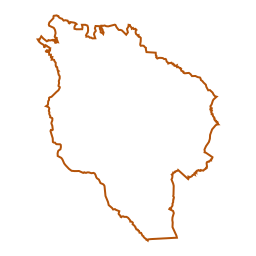 outline of Ban Bueng, Chon Buri, Thailand
{"feature_id": "78962969B10446742029293", "entity_name": "Ban Bueng", "entity_type": "district", "adm_level": 2, "iso_a3": "THA", "parent_name": "Thailand", "parent_adm1": "Chon Buri", "projection": "natural_earth1", "projection_center": [101.2, 13.24], "detail": "fine", "context": "isolated", "style": "outline", "palette": "amber", "viewbox_px": 256, "rotation_deg": 0, "n_neighbors": 0, "source": "geoboundaries", "source_scale": "gbopen_adm2", "svg_char_len": 5659}
<svg xmlns="http://www.w3.org/2000/svg" viewBox="0 0 256 256"><path d="M99.7,26.2L95.6,26.0L94.9,28.3L95.8,30.9L94.4,32.7L94.0,34.3L95.3,38.3L92.4,38.4L90.9,37.5L89.9,37.7L88.4,36.4L86.4,36.7L86.4,35.9L86.0,35.3L87.0,33.4L87.7,32.6L88.1,30.3L88.0,27.4L87.4,25.6L85.3,24.8L81.9,24.8L82.5,27.1L82.2,29.2L76.6,29.3L74.5,28.8L74.4,27.2L75.2,25.1L76.6,24.1L75.6,23.2L74.0,22.6L70.6,22.1L70.3,22.8L69.3,23.4L68.7,22.9L68.6,21.6L67.7,21.2L67.5,20.6L65.3,20.2L63.6,20.6L62.0,18.7L60.5,18.3L59.0,17.4L58.4,16.1L57.7,16.2L56.8,15.4L53.8,15.8L53.5,16.2L53.4,18.2L49.3,22.5L48.8,24.5L49.1,25.7L53.7,27.8L54.9,29.7L55.3,31.2L55.6,33.2L54.7,36.7L55.3,37.8L56.3,37.7L56.8,38.0L56.6,38.8L57.9,42.2L56.9,42.0L56.4,42.6L55.3,42.8L55.0,42.2L55.1,41.8L55.4,41.7L55.0,40.0L54.7,40.3L54.3,40.0L53.8,40.0L53.6,40.7L52.6,40.4L52.5,39.9L50.1,40.5L48.4,40.1L47.9,40.9L46.8,41.3L43.4,38.6L41.3,36.3L39.4,39.8L38.9,39.3L37.7,39.4L39.1,41.7L40.8,43.2L43.8,45.0L44.1,47.0L44.6,47.1L44.9,46.8L45.1,45.7L45.6,45.2L47.1,46.1L47.2,46.5L48.7,47.1L49.5,47.9L49.6,48.5L50.2,48.4L50.0,50.5L46.8,50.3L46.4,51.3L45.9,51.3L45.9,51.5L47.0,52.0L48.3,51.9L48.7,52.3L49.0,52.1L49.2,54.8L50.9,54.7L50.9,57.3L52.3,57.1L51.7,59.7L52.8,59.5L54.1,59.9L54.6,61.4L55.7,62.7L55.7,65.3L56.3,67.3L56.1,67.6L57.0,67.1L57.2,67.4L57.5,69.9L58.4,70.8L57.9,70.9L58.7,74.8L59.4,75.6L59.7,76.5L59.7,78.3L58.8,81.1L59.1,83.0L58.5,85.5L58.6,86.2L59.7,87.0L59.8,87.7L58.4,90.3L56.6,91.8L51.5,96.8L49.8,97.3L49.1,97.8L49.0,100.0L48.2,101.2L48.0,104.4L47.6,105.1L46.1,106.2L48.1,106.9L49.1,107.9L49.3,108.6L48.8,110.9L49.4,112.3L49.2,113.6L49.5,114.6L50.3,116.1L50.2,117.3L52.1,118.0L52.4,118.5L52.3,120.5L51.5,122.5L51.4,123.5L52.3,125.8L52.8,129.7L52.1,130.2L50.9,130.0L50.5,131.1L52.7,138.2L52.9,142.0L53.6,142.5L55.1,142.7L55.8,143.7L56.6,144.2L60.1,144.3L60.8,145.0L60.9,147.1L60.4,149.3L58.6,150.5L58.1,151.2L57.6,153.3L57.7,156.0L61.3,157.9L62.4,159.4L64.2,163.5L65.7,165.4L69.0,168.9L71.6,170.8L74.8,171.1L79.0,171.0L83.2,172.9L83.7,172.9L84.2,172.3L86.0,172.9L87.2,172.4L88.9,172.4L91.4,173.2L93.6,172.9L94.7,173.5L95.5,174.9L96.3,177.3L97.0,178.3L98.9,179.6L100.5,183.1L102.9,184.1L103.7,184.7L104.5,186.0L105.5,196.0L108.0,202.0L108.7,205.1L112.1,208.0L113.1,209.5L114.9,209.1L116.0,209.9L119.3,211.2L118.6,213.8L119.0,214.5L120.1,215.4L120.6,216.8L121.3,217.2L122.1,216.4L123.5,216.4L124.2,216.9L126.6,216.9L128.2,217.9L130.1,220.3L130.3,221.6L131.5,221.6L132.7,222.5L132.9,222.9L132.6,224.3L134.5,225.7L134.9,226.7L135.6,227.3L135.8,228.4L136.5,229.5L137.1,229.4L137.9,229.8L138.1,230.6L139.0,230.9L139.5,232.7L141.1,232.9L142.4,235.6L143.4,236.2L143.7,237.1L145.0,238.3L145.9,238.8L146.4,239.8L146.8,239.7L147.8,240.6L148.2,239.4L150.8,239.1L176.9,237.7L176.4,235.6L172.5,227.1L172.7,222.4L172.3,220.0L172.5,217.4L173.8,213.1L173.1,211.0L169.3,209.1L169.8,208.2L171.1,208.3L171.1,207.6L172.3,206.0L172.6,204.9L172.4,203.9L173.2,202.0L173.1,200.9L173.5,199.5L173.3,199.2L173.8,198.2L173.9,197.2L173.2,196.1L173.5,194.7L173.7,185.9L173.2,183.7L171.5,179.5L172.2,178.0L172.5,175.7L172.1,175.2L172.3,174.4L172.1,174.3L173.0,173.6L173.1,173.0L173.4,173.2L173.7,172.6L174.3,172.5L174.8,171.8L175.2,172.0L176.2,171.0L177.8,170.7L178.1,170.0L188.2,179.1L188.5,178.6L188.4,176.6L188.8,176.7L189.0,177.2L189.8,177.2L191.8,176.3L192.6,175.1L193.8,174.7L194.1,174.1L194.4,174.3L194.2,173.8L194.4,173.4L195.0,173.7L195.6,172.1L196.1,171.6L196.3,171.9L196.3,171.4L196.5,171.2L196.7,171.5L197.0,170.8L198.5,170.1L199.2,170.6L199.7,170.4L199.6,170.8L200.1,170.9L200.5,170.9L200.6,170.5L201.3,170.2L203.3,170.6L204.7,169.2L205.5,169.1L206.0,167.8L206.7,167.9L207.0,166.6L206.6,163.3L206.8,162.4L207.2,162.0L208.8,161.7L208.8,161.4L209.4,161.4L210.8,159.8L211.1,160.0L211.1,159.3L212.0,158.7L212.5,157.2L206.0,152.8L204.6,152.3L204.8,151.6L204.5,149.5L206.0,146.2L208.9,142.0L209.9,138.7L210.1,134.9L212.1,129.4L215.7,125.2L217.1,124.5L218.3,124.4L217.9,124.0L218.0,123.3L217.6,122.7L216.8,122.5L217.1,121.8L216.0,121.4L216.0,121.0L215.6,121.1L214.8,120.2L214.3,119.2L214.7,118.9L214.2,118.2L214.3,117.5L213.1,116.4L212.6,114.2L211.9,114.4L211.6,114.2L211.7,112.8L211.2,112.1L211.8,110.8L211.2,110.6L211.6,110.1L211.4,109.8L211.5,109.4L211.2,109.6L211.1,109.2L210.9,109.2L211.1,108.9L210.6,108.9L210.9,108.1L210.6,108.0L210.8,107.3L210.4,106.2L211.6,104.5L212.8,100.8L213.5,99.5L216.6,96.7L215.1,96.3L213.7,94.8L212.6,92.6L209.9,90.1L208.2,90.3L206.4,87.0L205.8,84.7L203.4,82.4L202.5,81.2L200.9,80.0L200.5,78.3L199.9,77.5L197.7,77.1L195.4,76.0L192.0,76.1L190.4,74.0L188.9,72.9L184.8,73.3L183.7,72.9L183.6,72.1L183.1,71.9L183.2,71.5L181.3,70.7L180.9,69.0L180.6,68.9L180.6,68.5L180.8,68.4L180.4,68.0L179.6,68.0L178.3,67.0L178.0,67.1L177.8,66.6L176.9,66.4L176.7,66.7L176.3,66.1L176.5,65.5L175.7,65.9L174.6,65.8L174.6,65.5L174.2,65.3L174.3,64.8L173.7,64.2L173.1,63.9L172.9,64.0L172.9,63.6L172.0,63.5L171.5,62.7L169.4,63.2L168.7,62.9L168.2,63.4L167.9,62.7L166.7,61.6L166.0,59.3L165.2,58.9L164.2,59.1L162.8,58.1L161.2,57.9L158.9,57.9L157.3,58.5L156.2,57.3L156.6,56.2L155.9,55.6L155.7,52.7L146.5,52.1L145.9,49.6L145.9,47.8L145.1,47.4L143.7,45.8L142.3,45.6L140.8,45.8L140.4,45.3L140.2,44.2L140.7,41.4L140.8,37.9L139.8,36.9L138.8,36.8L138.6,35.1L137.6,35.5L137.4,35.0L136.2,34.2L135.6,32.7L135.8,30.3L136.4,29.9L135.4,28.8L133.6,29.0L133.0,28.0L131.8,28.7L131.6,27.7L130.3,26.2L129.9,25.0L128.6,24.8L128.4,26.7L127.0,28.9L127.9,32.4L126.2,34.7L121.9,30.4L120.5,29.9L119.0,30.0L118.5,29.7L116.7,27.4L115.4,24.9L114.7,24.7L108.2,26.4L106.2,26.2L104.7,25.5L103.2,25.8L101.4,25.7L101.5,28.2L102.5,29.4L102.8,31.0L103.6,32.4L103.2,34.0L102.6,33.3L100.7,32.3L100.6,30.3L99.9,28.9L99.7,26.2Z" fill="none" stroke="#b45309" stroke-width="2"/></svg>